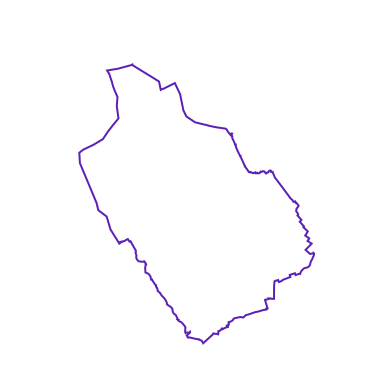 the district of Ede, Gelderland, Netherlands, rotated 248°
{"feature_id": "6326949B43393941245933", "entity_name": "Ede", "entity_type": "district", "adm_level": 2, "iso_a3": "NLD", "parent_name": "Netherlands", "parent_adm1": "Gelderland", "projection": "orthographic", "projection_center": [5.671, 52.072], "detail": "fine", "context": "isolated", "style": "outline", "palette": "violet", "viewbox_px": 384, "rotation_deg": 248, "n_neighbors": 0, "source": "geoboundaries", "source_scale": "gbopen_adm2", "svg_char_len": 5516}
<svg xmlns="http://www.w3.org/2000/svg" viewBox="0 0 384 384"><g transform="rotate(248 192 192)"><path d="M260.8,98.9L217.7,99.4L210.2,98.3L201.2,103.7L187.8,102.4L172.6,105.1L171.4,105.3L171.6,106.0L171.7,106.8L172.2,107.0L172.5,107.0L172.4,108.5L171.9,108.7L172.0,110.0L171.9,111.3L172.0,112.1L172.1,112.3L172.2,112.7L172.5,114.2L172.3,114.9L171.9,114.9L171.2,115.1L169.3,115.5L169.2,115.6L169.3,116.6L161.1,117.6L159.4,117.9L158.2,117.9L157.1,117.0L153.5,116.6L152.8,116.0L151.6,115.6L150.8,115.7L149.0,116.0L148.7,116.1L147.9,116.5L146.8,118.1L146.1,119.5L145.3,121.5L145.5,121.7L144.9,122.0L144.4,122.1L143.2,122.2L143.2,122.3L142.1,122.3L142.2,121.8L141.5,121.7L139.4,120.2L134.8,118.7L134.4,119.1L132.5,121.0L129.2,121.9L126.2,121.2L125.8,122.2L125.2,122.1L124.7,122.2L121.9,122.8L121.0,122.9L120.0,123.1L119.3,123.4L119.2,123.6L119.0,123.8L118.8,123.8L118.6,123.5L117.9,123.2L116.8,123.4L116.2,123.7L115.4,123.5L114.9,123.7L113.6,123.2L112.9,123.3L111.5,124.0L110.6,124.5L107.3,125.1L104.5,126.3L103.8,126.5L103.0,126.6L102.0,127.0L98.8,127.2L98.4,127.1L97.4,126.7L97.0,126.8L96.6,127.0L95.2,128.0L93.1,129.4L91.9,129.8L91.1,129.9L90.7,130.1L89.6,129.6L89.1,129.5L88.6,129.4L87.0,129.4L86.3,129.5L85.7,129.8L84.4,130.7L83.8,130.9L80.4,131.1L79.9,131.0L79.5,130.6L78.6,131.7L78.1,131.2L77.8,131.1L75.6,133.0L75.0,133.4L74.2,133.8L70.5,135.0L69.6,135.1L69.1,135.1L68.9,135.2L68.0,134.7L65.1,133.3L64.4,133.2L63.6,133.2L63.8,133.8L63.8,134.1L63.7,134.4L63.6,134.7L62.8,135.5L62.6,135.9L62.6,136.2L62.8,136.6L63.2,137.8L62.6,137.7L61.3,134.7L60.9,133.4L59.3,133.6L58.4,133.8L58.3,134.7L58.3,134.8L58.2,134.9L58.0,135.4L56.3,137.7L52.7,143.1L52.8,143.3L52.6,143.5L52.1,143.5L51.3,144.5L50.6,145.2L48.0,145.7L47.6,145.7L52.0,157.6L52.2,158.0L52.9,158.8L52.9,159.0L52.0,160.0L51.2,161.9L51.0,162.1L50.7,162.5L50.2,162.9L50.3,163.1L53.1,164.3L53.1,165.1L52.9,165.5L53.1,166.5L53.4,166.9L53.7,167.8L54.1,168.5L53.7,168.5L53.3,168.8L53.5,170.3L53.7,172.8L53.4,174.6L53.5,174.6L54.0,173.9L54.3,174.0L54.6,174.3L55.0,174.2L55.1,174.4L55.0,174.7L55.2,174.9L55.2,175.1L54.7,175.8L54.9,176.0L55.2,176.2L55.6,176.6L56.0,176.7L56.4,177.0L56.7,176.9L57.0,177.0L57.4,177.0L57.6,177.1L57.5,178.6L57.4,179.9L57.5,180.6L57.8,181.3L58.0,182.1L58.6,182.8L58.9,183.1L58.9,183.9L59.0,184.2L58.0,190.0L56.4,192.6L56.8,193.6L57.6,195.5L57.5,196.7L57.3,198.0L57.2,200.9L57.1,201.6L57.0,204.4L56.9,206.0L56.4,208.1L56.2,209.8L56.1,211.5L56.0,212.4L55.7,214.5L55.2,216.6L55.8,216.8L56.0,217.0L55.5,218.3L55.8,218.5L57.5,218.6L64.0,219.2L64.7,219.4L64.4,220.9L64.1,222.1L64.1,222.5L64.1,222.8L64.1,223.4L64.3,223.4L64.2,223.5L64.1,224.7L63.9,224.7L63.1,225.9L63.1,226.2L62.9,226.5L62.2,228.0L62.7,228.2L63.0,228.4L66.6,229.8L73.8,232.8L75.9,233.8L78.4,235.2L78.3,237.2L78.2,237.2L78.1,238.9L76.0,238.8L75.9,241.3L75.9,241.7L76.0,242.1L76.4,243.1L76.5,243.4L76.6,243.8L76.5,244.2L76.4,249.3L76.4,250.4L76.3,250.9L76.4,251.4L78.5,251.6L78.1,257.0L76.2,256.9L76.1,258.7L76.1,259.0L76.0,260.9L75.8,261.2L75.5,261.5L77.1,263.0L77.3,263.2L77.7,263.7L77.9,264.1L78.6,265.6L79.1,266.7L79.2,267.4L79.2,268.0L79.2,268.5L78.9,269.5L78.9,269.4L78.9,269.9L78.9,270.5L78.9,270.9L78.9,271.6L79.0,272.1L79.4,272.8L79.8,273.4L79.8,273.5L79.9,273.8L80.5,274.3L81.1,274.7L83.0,276.1L83.5,276.8L83.9,277.2L85.0,278.7L86.2,279.5L87.0,280.6L87.3,281.0L88.0,281.4L88.7,281.9L89.4,282.1L89.8,281.9L89.6,281.8L90.4,278.2L95.8,275.6L99.3,283.6L103.3,280.8L105.1,283.3L109.2,280.7L110.4,282.4L111.8,284.2L112.1,284.6L117.7,282.1L118.1,282.9L124.1,280.8L125.1,283.0L130.7,281.0L131.5,282.6L131.5,282.2L135.3,281.4L135.8,281.8L137.2,282.5L137.4,282.7L138.2,284.1L138.7,285.0L139.4,285.7L141.6,285.1L142.9,284.8L142.9,284.2L144.7,284.0L144.6,283.8L144.7,283.0L144.9,282.3L145.6,282.3L147.1,282.0L149.4,280.9L160.7,278.0L174.3,274.3L179.6,274.2L180.4,274.3L180.8,273.1L181.1,272.8L181.6,272.9L182.2,273.1L182.4,272.7L182.7,272.5L182.7,272.3L182.7,271.8L182.6,271.5L182.4,270.9L182.0,270.5L181.6,270.0L181.6,269.8L181.7,269.5L181.9,269.2L181.9,268.9L181.4,268.0L181.4,267.7L181.5,267.5L182.5,267.1L182.9,267.0L183.4,267.0L183.9,266.8L183.9,266.7L184.2,266.1L184.7,265.7L184.8,265.5L184.8,264.4L184.5,264.0L184.5,263.9L184.6,263.6L184.9,263.5L185.1,263.3L185.2,263.2L184.6,262.3L184.5,262.2L184.2,261.7L184.3,260.9L184.6,260.1L185.0,260.0L185.1,259.8L185.3,259.7L185.5,259.6L185.3,258.6L185.3,258.3L185.4,258.1L185.7,257.9L186.3,258.0L186.5,258.0L186.5,257.9L186.5,257.5L186.6,256.9L186.6,256.7L186.4,256.3L186.4,256.1L186.9,255.4L187.2,254.9L187.4,254.7L187.7,254.6L188.0,254.5L188.1,254.3L188.1,253.8L188.3,253.6L188.7,253.5L188.7,253.0L189.2,252.8L189.3,252.7L189.3,252.2L193.1,251.4L195.6,250.6L195.7,250.9L196.7,250.9L197.6,250.6L202.9,250.5L207.2,250.1L207.2,250.5L207.4,250.6L207.7,250.1L208.4,250.0L212.5,249.7L216.9,249.6L217.2,249.6L219.5,250.3L219.5,249.7L223.2,249.8L227.1,249.5L228.6,250.3L229.9,249.9L230.2,250.1L231.1,251.1L231.5,250.5L230.2,249.2L232.9,248.3L234.9,247.8L237.0,247.5L238.0,247.1L243.5,237.8L246.9,232.8L247.1,232.4L247.4,232.2L255.5,220.9L264.1,215.1L271.0,214.6L287.0,217.6L299.4,216.9L298.4,204.1L298.4,203.5L298.7,203.1L298.4,201.3L306.8,202.8L329.0,186.5L331.9,184.4L332.6,184.5L332.6,184.3L332.3,184.1L334.1,169.3L335.5,163.1L336.4,158.8L332.6,159.5L324.3,159.0L319.7,158.4L318.8,158.4L315.6,158.3L308.0,158.5L299.7,154.4L287.8,151.4L282.7,142.1L281.2,139.7L281.1,139.3L278.9,135.8L274.4,129.2L272.7,118.4L272.3,112.2L272.2,110.5L272.1,107.9L271.8,106.3L270.6,102.2L260.8,98.9Z" fill="none" stroke="#5b21b6" stroke-width="2"/></g></svg>